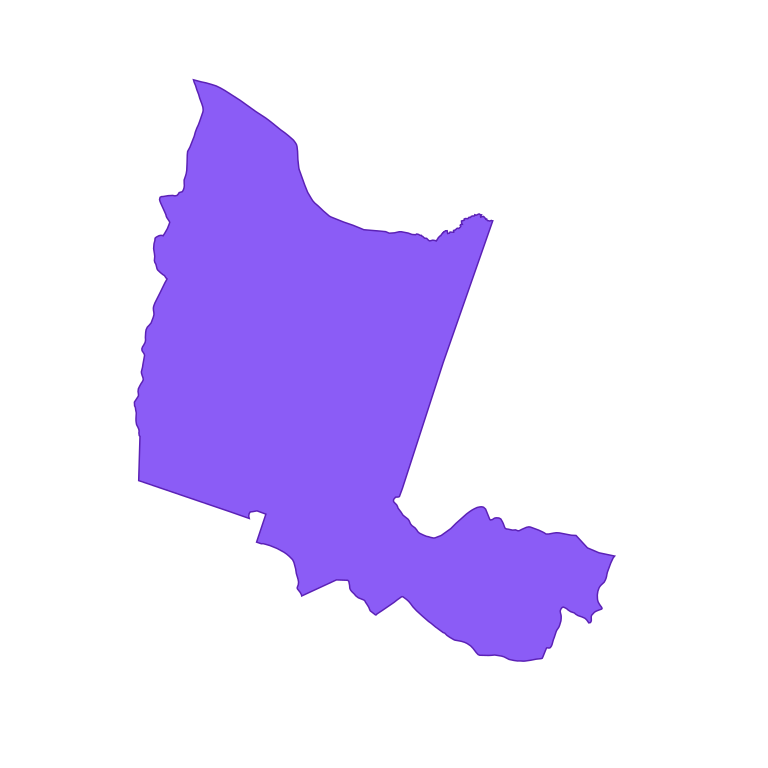 Chhuk, Kâmpôt, Cambodia, rotated 19°
{"feature_id": "14789045B28419059899901", "entity_name": "Chhuk", "entity_type": "district", "adm_level": 2, "iso_a3": "KHM", "parent_name": "Cambodia", "parent_adm1": "Kâmpôt", "projection": "mercator", "projection_center": [104.309, 10.967], "detail": "fine", "context": "isolated", "style": "filled", "palette": "violet", "viewbox_px": 768, "rotation_deg": 19, "n_neighbors": 0, "source": "geoboundaries", "source_scale": "gbopen_adm2", "svg_char_len": 6170}
<svg xmlns="http://www.w3.org/2000/svg" viewBox="0 0 768 768"><g transform="rotate(19 384 384)"><path d="M104.8,158.4L106.5,160.8L108.6,163.1L111.3,166.8L114.5,170.6L116.8,173.9L120.6,178.5L122.6,181.2L123.9,184.0L124.2,185.9L124.2,196.0L124.1,199.5L123.7,203.1L123.6,207.3L123.9,211.5L123.4,223.2L122.6,228.0L123.4,231.4L125.8,239.0L127.9,246.1L128.5,249.5L128.6,251.9L128.6,256.2L129.8,259.5L130.6,261.4L131.0,263.2L131.1,264.8L131.0,266.5L130.6,267.9L128.0,269.7L127.6,271.5L126.9,273.1L125.1,274.2L122.8,274.5L118.6,276.2L114.2,278.6L112.5,279.3L111.5,280.4L111.7,282.6L112.5,283.9L114.0,285.7L121.1,293.2L122.9,295.2L123.2,295.9L124.3,297.2L128.3,300.3L128.8,300.9L128.8,303.1L128.6,307.6L127.6,312.8L126.9,315.8L125.9,315.7L124.4,316.2L123.0,317.0L120.9,319.2L120.1,320.6L120.3,321.7L120.6,322.6L120.9,326.3L122.1,331.0L124.4,335.3L125.7,338.0L126.7,342.0L127.7,343.6L129.3,345.0L131.9,349.0L132.9,349.9L136.4,351.5L139.5,352.6L140.5,352.8L141.2,353.0L143.2,354.6L144.7,355.3L143.9,359.6L142.6,370.2L141.0,381.9L140.9,385.4L141.2,387.3L142.0,389.3L143.2,391.5L143.9,393.3L144.1,395.9L143.9,402.1L143.0,404.5L141.7,407.3L141.4,410.1L141.8,412.6L143.2,417.6L144.2,420.0L144.6,422.3L144.1,425.5L143.6,427.4L143.6,429.6L144.4,431.3L147.3,433.5L148.3,434.9L149.7,444.1L150.2,446.7L150.6,451.4L151.1,452.6L152.5,454.6L154.2,456.7L155.0,458.5L154.8,460.3L154.2,462.5L153.7,465.3L153.3,468.5L153.9,471.2L155.1,473.5L155.7,475.3L153.9,482.4L155.3,485.9L156.2,486.7L156.9,487.8L157.5,489.1L159.2,492.0L160.7,497.3L161.5,499.6L162.3,501.2L163.3,503.0L165.6,505.2L167.0,506.8L167.8,508.3L168.2,510.1L169.4,512.5L170.3,512.9L183.5,555.2L279.7,554.9L300.4,555.0L299.3,553.3L299.0,552.5L298.7,550.4L299.2,548.5L301.5,547.4L305.2,545.3L314.7,545.5L315.0,575.0L320.0,575.0L321.7,574.3L324.4,574.1L328.7,573.9L336.1,574.3L344.1,575.6L347.3,576.5L350.6,577.8L354.8,579.9L356.9,582.0L360.6,587.5L362.8,591.7L366.3,596.6L367.7,599.1L368.3,601.7L368.2,604.6L368.4,605.3L369.0,606.0L372.7,608.4L374.6,610.2L375.2,611.2L402.8,584.7L413.6,581.4L415.0,582.1L417.0,585.6L418.0,587.9L418.5,588.7L419.5,589.7L421.0,590.7L424.6,592.4L426.1,593.4L428.7,594.3L429.4,594.5L435.3,594.8L436.7,595.4L437.7,596.5L438.9,597.3L442.0,599.8L442.8,600.6L443.4,601.4L444.2,602.3L445.0,603.0L451.1,605.1L451.8,604.8L452.3,603.6L456.0,598.8L464.6,587.2L466.9,583.6L470.0,579.3L471.1,579.0L475.5,580.4L478.1,581.5L480.6,583.0L483.9,585.3L488.6,587.8L496.0,591.0L503.4,594.0L506.4,594.9L511.9,597.0L521.0,599.8L522.4,599.7L525.4,601.2L528.7,602.1L533.1,603.0L534.4,603.1L538.8,602.4L541.0,602.1L544.4,602.0L547.1,602.3L550.1,603.1L551.2,603.4L554.3,605.0L558.8,608.0L561.1,609.2L562.8,609.3L571.3,606.6L573.8,605.6L576.9,604.2L581.4,603.4L583.6,603.0L586.4,602.9L591.9,603.7L596.9,603.1L600.4,602.4L602.9,601.5L605.9,600.7L607.4,600.1L612.5,597.5L617.5,594.6L622.0,592.5L622.9,591.8L623.1,589.9L623.4,583.9L623.6,580.9L624.0,580.3L625.4,580.1L626.6,579.6L627.1,579.0L627.6,577.2L627.7,575.5L627.4,570.6L627.5,568.3L627.4,562.3L627.5,560.7L628.5,557.0L628.6,554.9L628.4,550.3L627.8,547.9L627.1,545.8L626.4,544.5L625.5,543.2L624.5,541.3L624.5,539.3L625.2,537.3L625.6,536.9L626.4,536.5L628.9,536.8L630.2,537.1L631.5,537.7L634.6,538.5L638.6,538.5L640.1,539.2L642.8,539.8L647.2,539.8L650.3,540.1L652.5,541.1L655.4,543.2L656.8,542.4L657.1,541.3L657.0,540.0L655.7,536.6L655.6,535.1L657.2,531.4L658.2,530.1L659.7,528.7L663.1,525.9L663.2,525.1L662.5,524.3L660.2,522.7L658.7,521.5L657.5,520.4L656.3,518.7L655.6,517.2L654.4,514.1L653.7,510.4L653.7,507.1L654.0,505.3L654.7,503.5L656.7,499.7L657.1,497.3L657.2,495.5L657.1,493.7L656.7,491.2L656.5,489.1L656.7,479.5L657.3,473.8L658.1,471.6L642.2,473.6L629.7,472.7L614.9,464.7L610.3,466.0L598.3,467.7L595.4,468.5L592.8,469.8L588.6,472.2L586.1,473.1L583.8,472.5L581.7,472.2L577.9,471.8L569.1,471.6L567.5,471.9L565.4,473.1L561.7,476.5L559.8,478.5L558.6,479.2L555.9,479.1L553.1,480.3L548.8,480.8L546.9,481.2L545.6,481.0L544.8,480.3L542.1,477.0L540.7,475.6L538.4,473.6L536.7,473.3L535.7,473.4L533.6,474.0L532.1,474.9L530.6,476.9L529.0,477.9L528.2,477.7L520.8,469.2L518.3,468.1L517.0,468.2L516.0,468.4L514.3,469.2L512.3,470.4L510.1,472.5L508.2,474.6L506.4,477.0L504.4,479.9L497.5,492.2L494.2,499.0L487.4,508.6L482.3,512.9L481.0,513.5L477.6,513.9L475.9,513.9L473.7,514.2L470.5,514.0L466.1,513.5L464.0,512.6L462.4,511.3L460.1,509.9L456.5,508.8L454.6,507.6L452.4,505.2L450.8,504.0L446.5,502.5L444.6,501.8L441.7,499.5L437.7,496.8L436.8,495.6L435.4,494.2L432.0,492.5L431.1,491.7L430.7,490.0L431.8,487.2L434.3,486.2L435.2,485.4L435.4,476.9L433.0,344.4L433.7,194.3L432.9,194.5L432.2,194.4L431.3,195.2L430.6,195.6L429.7,195.5L428.9,195.8L428.1,195.5L427.4,194.6L426.6,195.1L426.1,194.3L425.1,194.1L424.6,193.8L424.1,193.3L423.2,193.2L421.1,194.7L420.6,193.8L421.0,193.1L421.1,192.3L420.3,192.5L419.6,192.5L418.9,192.2L418.0,192.6L416.4,194.3L414.8,194.4L415.1,195.0L414.3,195.9L413.2,196.2L411.9,197.1L411.7,197.9L411.2,198.6L410.2,198.6L409.4,200.4L406.9,201.1L406.1,202.0L406.6,202.7L406.1,203.4L404.2,204.6L404.6,205.8L405.3,206.8L406.0,207.5L405.2,207.7L404.5,208.4L404.4,209.2L405.2,209.6L405.2,210.5L404.1,212.6L403.0,212.7L402.4,213.0L401.2,215.2L399.8,216.2L400.4,217.2L400.5,217.8L399.0,218.3L397.0,218.8L396.7,220.1L395.2,221.0L393.8,218.5L392.2,219.1L391.6,220.2L390.9,220.6L390.9,221.5L390.3,221.8L390.2,222.8L389.8,223.3L389.5,224.4L389.5,225.2L388.8,225.7L388.4,226.6L387.7,227.9L387.6,229.0L387.2,230.0L387.2,230.7L386.8,231.8L385.7,231.7L383.3,232.1L380.7,233.8L379.5,233.7L376.9,232.4L374.9,232.9L372.4,231.8L371.4,231.8L370.9,231.3L369.5,231.7L368.1,231.3L366.1,231.5L365.2,232.6L361.7,233.5L357.8,233.4L350.8,234.4L348.8,235.1L344.6,237.7L339.9,239.7L336.0,239.4L330.9,240.6L314.7,244.7L312.1,244.5L302.9,244.0L293.1,244.0L280.8,243.4L279.3,243.3L277.6,243.0L270.3,240.1L263.8,237.1L259.5,235.4L256.9,233.9L254.8,232.2L249.4,227.6L244.2,221.6L233.8,208.6L232.9,207.0L229.5,199.8L226.5,192.1L224.4,187.7L223.2,186.0L221.5,184.6L219.0,182.9L213.2,180.5L208.5,178.8L203.5,177.3L192.0,173.1L185.9,171.1L174.0,168.1L155.6,162.6L137.9,158.3L133.2,157.4L128.3,156.8L123.5,156.9L117.8,157.2L113.0,157.8L104.8,158.4Z" fill="#8b5cf6" stroke="#5b21b6" stroke-width="1.5"/></g></svg>